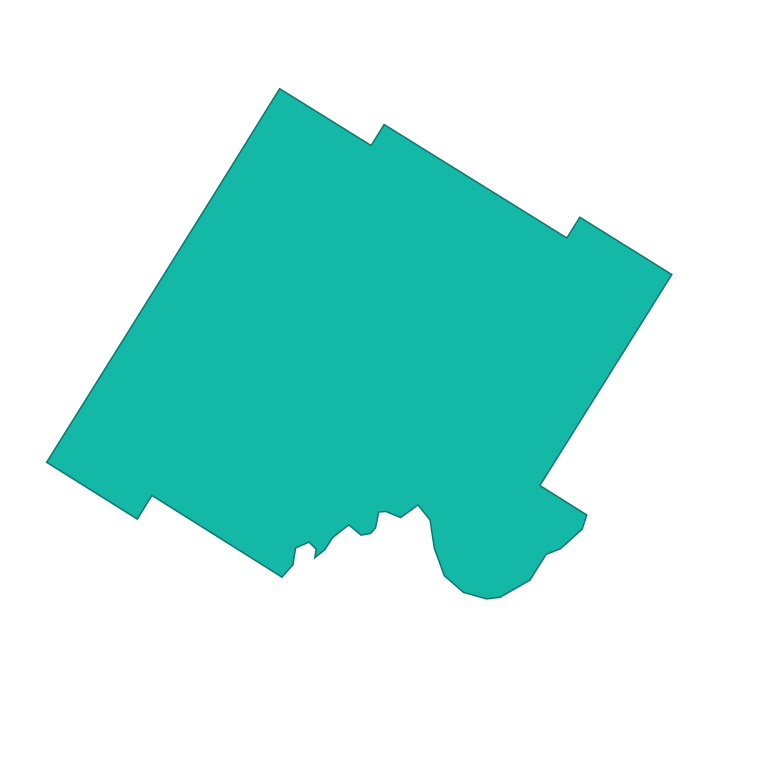 outline of Mountrail, North Dakota, United States of America, rotated 302°
{"feature_id": "52423323B97339274287027", "entity_name": "Mountrail", "entity_type": "district", "adm_level": 2, "iso_a3": "USA", "parent_name": "United States of America", "parent_adm1": "North Dakota", "projection": "natural_earth1", "projection_center": [-102.535, 48.15], "detail": "fine", "context": "isolated", "style": "filled", "palette": "teal", "viewbox_px": 768, "rotation_deg": 302, "n_neighbors": 0, "source": "geoboundaries", "source_scale": "gbopen_adm2", "svg_char_len": 663}
<svg xmlns="http://www.w3.org/2000/svg" viewBox="0 0 768 768"><g transform="rotate(302 384 384)"><path d="M138.8,139.4L138.7,246.4L166.5,246.2L166.4,300.9L166.1,399.8L182.4,402.6L198.1,395.9L210.1,404.1L208.1,413.9L200.0,417.4L212.2,421.6L226.5,421.8L245.9,428.8L243.7,444.7L250.2,451.8L257.4,453.1L272.6,447.4L276.9,453.1L279.6,468.9L299.4,476.9L293.1,495.1L271.5,513.6L253.4,536.7L249.4,561.9L256.1,584.8L264.7,595.5L295.0,611.7L325.5,611.8L338.1,621.1L366.1,629.0L380.4,625.3L380.5,570.0L629.3,570.1L629.2,461.7L604.7,461.7L604.1,246.6L579.4,246.7L579.1,139.0L453.4,139.4L390.9,139.4L138.8,139.4Z" fill="#14b8a6" stroke="#0f766e" stroke-width="1.5"/></g></svg>